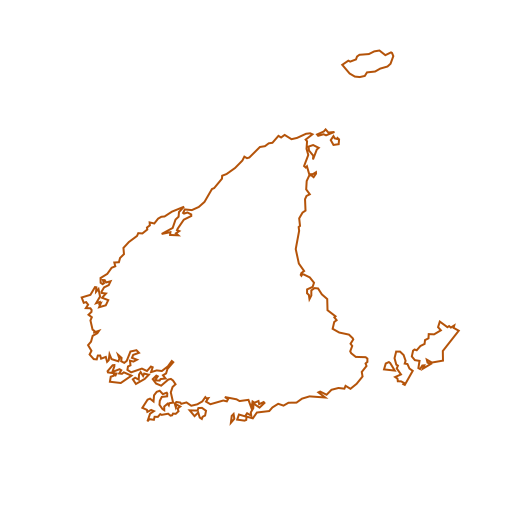 the border of Tasmania, rotated 74°
{"feature_id": "AUS-2660", "entity_name": "Tasmania", "entity_type": "State", "adm_level": 1, "iso_a3": "AUS", "parent_name": "Australia", "parent_adm1": "", "projection": "equal_earth", "projection_center": [146.795, -41.606], "detail": "fine", "context": "isolated", "style": "outline", "palette": "amber", "viewbox_px": 512, "rotation_deg": 74, "n_neighbors": 0, "source": "natural_earth", "source_scale": "10m", "svg_char_len": 6143}
<svg xmlns="http://www.w3.org/2000/svg" viewBox="0 0 512 512"><g transform="rotate(74 256 256)"><path d="M385.0,405.9L378.4,401.3L377.0,396.9L375.1,399.2L375.9,403.4L373.8,403.3L370.6,407.1L364.2,399.8L363.9,397.2L367.6,394.6L361.8,392.4L359.2,388.9L359.0,385.7L363.1,383.6L362.8,379.5L363.8,379.2L366.4,380.1L365.5,385.4L368.7,388.4L372.4,389.8L377.3,388.1L378.9,386.7L375.4,385.7L373.6,381.7L375.5,381.0L373.6,379.9L374.1,376.1L363.6,375.5L358.9,372.3L357.1,368.7L352.8,370.1L350.7,371.7L350.6,374.3L354.5,382.9L351.1,387.2L345.9,389.2L343.5,384.8L344.6,383.6L347.1,386.7L348.2,386.0L349.2,383.0L348.0,381.7L348.8,376.7L345.0,378.3L344.1,374.8L340.2,372.3L335.3,364.8L333.7,365.9L337.8,371.1L340.6,378.2L338.6,383.0L338.7,388.9L334.5,386.0L333.3,387.5L336.5,392.5L332.8,396.7L333.4,408.1L330.0,411.0L326.9,409.5L326.5,406.8L321.9,406.0L323.7,402.9L322.9,399.0L319.7,403.3L317.2,401.3L316.8,395.2L313.6,396.9L313.2,403.0L321.2,409.2L322.4,412.1L320.0,414.6L316.9,413.3L312.9,415.8L317.0,415.6L319.3,417.3L315.3,423.3L310.1,423.9L315.6,426.3L316.7,428.3L311.6,428.2L312.0,433.2L308.7,433.2L308.1,435.5L311.5,437.6L310.4,440.4L304.8,443.1L301.8,440.3L295.4,442.0L292.9,438.2L287.7,435.0L286.5,429.8L284.6,427.5L284.8,432.6L283.4,432.0L281.7,433.4L272.3,432.9L269.6,430.7L266.3,433.2L264.4,429.6L262.6,428.9L260.6,429.6L259.2,433.9L256.5,430.8L253.5,432.0L253.5,434.5L247.8,435.0L247.7,425.9L241.5,419.3L242.1,418.1L246.3,419.6L244.3,416.5L252.0,417.1L257.3,422.7L257.2,418.9L258.7,419.6L258.5,418.1L262.0,420.9L262.0,414.0L257.7,410.2L253.7,415.5L250.7,410.6L249.0,414.5L247.8,414.4L244.3,410.7L243.4,405.6L240.2,402.8L240.1,407.4L237.5,408.1L236.9,409.8L240.3,409.7L240.8,411.2L238.9,412.7L234.3,411.5L232.2,403.9L227.5,398.0L227.1,394.1L223.2,394.0L224.2,389.5L220.4,387.2L217.8,382.4L211.7,381.2L207.5,374.3L203.9,364.8L201.6,362.9L203.0,359.0L200.6,353.2L198.6,353.0L197.3,349.6L194.4,349.0L196.7,344.8L193.1,339.8L192.2,336.2L192.8,333.0L190.2,324.6L188.8,311.6L192.5,317.9L196.9,319.6L198.8,323.3L206.1,328.4L208.8,340.6L209.5,331.7L212.1,332.8L214.7,325.0L212.1,326.7L210.9,322.9L209.4,324.8L208.1,323.7L201.2,315.4L199.7,307.2L198.2,306.8L195.3,309.9L195.4,313.5L194.5,314.2L191.6,311.6L194.2,305.0L193.1,297.5L189.8,290.6L179.5,279.9L179.2,277.5L172.3,267.4L169.5,266.4L169.1,261.7L165.6,251.8L160.5,242.8L157.3,239.8L159.5,237.7L159.5,235.3L152.3,222.2L152.9,217.1L151.2,212.7L151.7,209.0L146.7,201.3L149.0,199.2L147.5,195.1L153.5,189.7L153.8,184.0L152.3,174.2L153.0,170.1L154.6,168.2L157.8,176.2L159.8,175.3L166.9,177.9L173.3,177.9L182.8,185.0L184.7,183.8L183.8,182.3L192.1,182.3L193.0,178.7L192.0,175.3L193.4,175.6L196.1,178.9L193.5,180.7L193.5,182.8L197.9,186.6L205.8,189.4L211.5,187.3L212.2,190.9L214.9,193.2L226.0,195.9L227.1,199.3L231.7,204.1L239.2,205.4L239.9,207.0L243.7,207.6L260.3,215.9L275.1,216.9L283.7,213.9L284.9,217.1L286.5,218.2L287.5,217.8L286.3,216.5L286.9,215.2L291.4,210.2L297.7,207.6L301.3,210.1L302.2,216.1L305.9,217.2L308.0,215.9L312.2,216.5L309.2,213.7L304.3,212.3L303.0,208.6L304.3,205.3L311.0,203.3L317.0,199.4L327.8,202.2L335.9,196.2L336.6,197.6L339.9,196.2L341.0,199.0L347.1,202.4L352.5,197.1L357.2,188.3L361.7,185.7L363.0,185.5L366.4,189.3L369.0,188.3L373.6,191.7L375.7,191.3L380.5,187.9L383.5,178.5L385.3,177.2L388.5,178.1L389.5,180.3L392.2,180.1L396.6,186.3L401.2,186.8L406.6,194.5L409.7,201.8L405.5,205.7L407.9,207.6L405.6,213.1L405.4,220.3L408.8,226.4L404.0,231.7L404.3,233.6L411.1,228.5L405.7,243.2L405.8,251.1L408.1,257.5L406.0,265.2L407.4,270.8L404.2,275.4L406.1,282.0L408.7,286.0L406.7,298.3L411.2,303.8L407.8,309.3L410.9,310.6L411.1,312.4L408.1,319.2L403.7,316.1L407.1,310.7L404.7,307.9L408.1,304.6L404.9,304.1L401.6,300.6L397.1,299.1L402.7,294.4L399.6,288.4L398.5,288.9L399.3,293.8L396.1,293.6L396.6,297.9L394.9,299.4L400.9,302.3L392.2,302.9L390.9,311.8L388.4,314.2L383.0,324.8L385.9,322.3L387.7,324.1L385.9,327.3L385.9,340.7L382.2,344.2L379.5,341.0L379.2,342.9L377.7,343.6L381.0,347.7L382.4,353.3L382.1,359.5L377.6,363.2L377.5,368.6L376.0,369.2L374.4,372.8L375.4,374.8L379.3,374.8L377.0,373.3L379.8,370.3L381.0,373.4L383.9,373.3L385.6,376.7L384.6,379.2L386.0,380.5L385.9,382.2L383.4,383.9L382.7,390.5L381.6,391.6L383.6,394.7L382.6,397.8L385.3,399.3L383.5,403.4L385.0,405.9ZM387.8,122.7L387.0,118.2L383.4,116.7L382.7,112.9L378.7,111.5L380.4,106.4L378.4,98.8L374.6,100.6L369.7,97.4L377.2,91.6L376.6,89.7L378.5,88.4L377.4,84.6L379.5,85.9L383.7,81.7L398.8,102.6L408.1,105.1L406.9,116.3L402.7,120.4L405.8,120.5L408.0,117.9L410.3,126.6L407.5,124.3L407.1,126.3L409.9,129.4L408.5,130.8L401.9,127.7L399.9,132.0L395.5,133.9L390.3,131.1L389.6,129.4L390.9,127.5L387.8,122.7ZM110.1,98.7L112.9,101.8L112.6,106.9L110.8,111.5L106.4,115.7L96.0,120.4L93.7,113.4L95.1,111.9L94.6,105.7L92.1,103.9L91.1,101.1L93.0,91.8L91.9,85.9L92.5,80.7L98.6,76.3L97.5,70.1L98.3,69.3L101.7,68.9L108.3,73.7L110.1,77.4L110.1,84.9L111.5,90.7L110.1,98.7ZM409.6,137.0L420.9,148.5L419.8,149.7L419.0,148.5L416.5,151.1L415.5,154.2L412.9,153.8L410.7,155.6L409.8,149.3L402.9,151.7L400.5,149.8L399.1,151.1L392.4,151.0L386.5,147.6L387.6,143.9L391.9,141.4L398.0,141.1L400.4,142.7L401.6,140.2L406.5,139.5L409.6,137.0ZM336.7,408.7L340.8,421.0L336.6,431.1L332.0,428.9L331.9,425.8L330.5,425.1L332.0,423.9L330.5,422.6L327.1,430.4L325.8,430.4L321.5,423.9L321.8,422.2L323.1,422.6L327.9,426.1L327.2,418.4L328.7,417.0L331.2,419.9L332.3,417.3L331.4,415.1L336.7,408.7ZM395.3,348.9L395.8,351.6L397.7,353.0L395.8,354.6L390.5,354.7L393.0,359.2L386.1,362.3L388.5,354.8L386.3,353.3L387.1,349.8L391.0,346.7L395.3,348.9ZM343.5,396.9L345.9,406.7L340.6,408.4L339.7,405.7L342.5,402.8L337.7,401.1L335.8,398.9L340.2,397.6L338.2,395.9L340.6,391.8L343.5,396.9ZM170.4,168.2L178.9,174.6L175.4,173.3L169.2,176.0L165.3,175.3L165.1,170.5L169.3,165.9L170.4,168.2ZM394.6,157.5L395.9,156.5L404.4,154.2L400.3,164.2L395.1,160.9L394.6,157.5ZM170.6,150.9L165.2,152.2L162.1,148.5L164.6,147.9L165.9,145.7L165.1,145.1L166.8,144.0L171.3,145.7L170.6,150.9ZM158.4,146.4L159.3,155.4L157.6,157.5L157.6,163.1L156.0,163.8L155.0,156.5L153.5,154.2L157.3,152.4L158.4,146.4ZM406.5,321.7L409.4,326.1L403.0,323.4L401.7,321.1L406.5,321.7Z" fill="none" stroke="#b45309" stroke-width="2"/></g></svg>